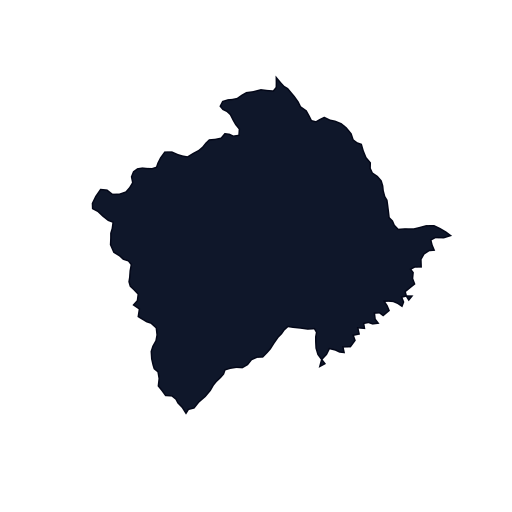 outline of Serra da Saudade, Minas Gerais, Brazil, rotated 203°
{"feature_id": "56859067B39993306485596", "entity_name": "Serra da Saudade", "entity_type": "district", "adm_level": 2, "iso_a3": "BRA", "parent_name": "Brazil", "parent_adm1": "Minas Gerais", "projection": "albers", "projection_center": [-45.786, -19.377], "detail": "fine", "context": "isolated", "style": "filled", "palette": "ink", "viewbox_px": 512, "rotation_deg": 203, "n_neighbors": 0, "source": "geoboundaries", "source_scale": "gbopen_adm2", "svg_char_len": 2958}
<svg xmlns="http://www.w3.org/2000/svg" viewBox="0 0 512 512"><g transform="rotate(203 256 256)"><path d="M349.6,163.1L342.6,161.7L340.7,154.2L330.9,152.8L326.4,153.2L319.7,150.9L316.2,144.7L314.9,138.9L315.6,132.7L315.1,127.2L311.8,120.6L308.2,115.6L305.6,112.5L300.9,111.1L297.2,105.3L295.1,98.2L290.0,95.5L284.7,92.3L278.8,94.4L273.8,93.0L270.3,90.2L264.6,87.8L259.0,83.9L258.3,88.4L253.7,91.9L251.7,99.1L247.9,106.9L245.6,114.4L244.9,120.4L243.6,124.9L241.2,130.4L239.8,134.7L240.1,139.1L235.9,142.6L230.6,145.9L225.0,147.9L221.4,152.7L219.7,158.8L215.5,163.3L210.4,165.7L208.1,171.6L206.6,176.1L205.5,182.8L204.0,189.9L202.2,194.4L201.3,198.8L199.1,203.6L194.0,204.9L186.9,207.1L179.8,209.0L173.8,212.0L170.4,209.4L169.4,204.9L167.6,200.7L164.7,194.7L160.5,189.6L155.1,186.4L152.7,193.0L152.3,199.5L146.2,200.5L141.6,200.3L137.2,201.6L140.5,206.3L133.7,209.4L131.9,217.0L135.6,221.0L130.6,224.5L134.3,229.7L127.9,231.8L130.6,236.0L126.5,238.8L122.1,239.1L117.3,241.9L121.7,244.4L124.7,249.7L120.1,252.0L115.7,250.9L112.2,257.8L115.9,261.4L120.4,264.4L116.4,266.3L111.9,267.8L107.0,267.8L102.0,266.8L102.2,271.3L105.9,275.0L102.0,277.9L104.8,281.5L101.8,287.2L99.1,292.2L103.1,296.4L104.9,302.1L108.6,304.2L105.6,307.9L99.7,310.5L102.9,317.4L102.2,323.5L98.8,328.6L94.3,331.0L98.2,334.8L101.4,339.0L98.2,343.0L90.3,346.2L84.9,350.8L90.5,352.2L97.4,353.1L104.0,353.4L111.1,350.3L116.7,345.9L121.3,342.5L125.3,340.8L129.7,339.0L135.5,336.0L140.8,338.3L144.1,341.5L148.5,343.3L151.2,348.1L154.8,354.3L157.3,358.5L160.8,361.0L164.5,365.8L166.8,370.0L170.1,374.0L175.4,376.6L181.4,377.8L185.2,381.3L187.2,386.4L193.3,389.5L198.5,394.7L202.7,399.9L207.4,399.6L212.0,400.8L216.2,405.6L223.1,409.2L229.3,411.0L235.9,410.9L241.0,409.9L247.3,410.2L250.6,406.4L253.2,402.9L257.9,402.2L261.9,405.6L266.5,409.2L273.4,410.7L277.4,414.2L283.1,417.7L288.6,420.5L292.3,422.4L296.6,423.0L300.6,424.8L307.0,428.1L304.8,423.1L303.2,419.1L304.5,414.6L310.4,412.6L316.4,410.9L322.8,406.0L328.6,402.6L331.8,398.4L334.8,393.6L339.0,390.7L342.7,388.8L347.0,385.2L347.4,379.9L343.7,378.0L339.2,377.8L334.8,376.2L329.7,371.9L326.0,369.1L320.9,366.4L318.8,360.4L323.7,357.4L328.0,357.6L332.4,356.4L334.1,350.8L339.0,347.4L344.3,344.6L346.1,340.4L347.5,335.4L349.8,330.8L353.6,326.1L357.7,320.4L362.5,319.3L367.6,318.7L374.0,318.8L380.5,316.0L382.1,309.1L382.5,303.3L382.2,298.8L385.8,295.7L390.7,293.8L394.9,292.5L399.1,289.9L401.6,285.7L401.5,280.3L398.1,275.3L398.9,269.6L400.7,264.1L405.8,259.5L412.3,256.6L418.9,258.4L425.0,256.5L426.7,248.3L427.1,240.5L424.9,235.8L418.9,235.3L412.5,232.9L405.9,231.1L400.7,231.3L399.0,225.0L398.5,220.3L396.6,215.8L394.3,209.6L388.3,203.9L381.6,202.9L376.9,201.2L371.5,201.7L367.4,199.4L366.0,193.2L363.9,187.1L362.8,182.7L359.9,179.1L355.5,177.5L349.5,174.9L347.7,168.5L349.6,163.1ZM154.1,179.3L150.5,183.8L155.1,186.4L154.1,179.3ZM102.0,277.9L98.2,275.2L96.8,280.0L102.0,277.9Z" fill="#0f172a" stroke="#020617" stroke-width="1.5"/></g></svg>